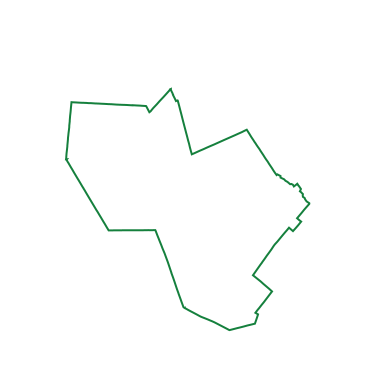 Jimbolia, Timis, Romania, rotated 234°
{"feature_id": "2599482B52055590619759", "entity_name": "Jimbolia", "entity_type": "district", "adm_level": 2, "iso_a3": "ROU", "parent_name": "Romania", "parent_adm1": "Timis", "projection": "albers", "projection_center": [20.766, 45.798], "detail": "fine", "context": "isolated", "style": "outline", "palette": "green", "viewbox_px": 384, "rotation_deg": 234, "n_neighbors": 0, "source": "geoboundaries", "source_scale": "gbopen_adm2", "svg_char_len": 3901}
<svg xmlns="http://www.w3.org/2000/svg" viewBox="0 0 384 384"><g transform="rotate(234 192 192)"><path d="M288.4,205.4L288.6,205.3L291.5,201.8L292.2,201.0L294.7,197.9L297.1,195.0L297.0,194.9L299.8,191.5L301.3,189.7L302.9,187.6L303.7,186.6L305.9,183.8L307.1,182.3L309.2,179.8L310.3,178.5L312.5,175.7L313.6,174.4L315.7,171.8L316.9,170.3L318.7,168.1L320.5,165.8L322.0,164.0L323.1,162.7L325.0,160.2L325.9,159.2L328.2,156.3L328.7,155.6L331.2,152.5L331.8,151.8L334.4,148.6L334.8,148.1L335.5,147.3L333.7,145.7L332.7,144.8L331.7,143.9L329.6,142.1L328.0,140.7L325.4,138.3L321.8,135.2L321.0,134.6L317.8,131.7L317.0,131.1L316.7,130.9L314.1,128.5L312.2,126.7L310.4,125.1L308.8,123.6L307.7,122.7L307.4,122.5L307.1,122.2L306.5,121.7L302.9,118.5L302.1,117.9L298.6,114.7L297.1,113.3L294.4,111.0L294.2,110.9L293.2,110.0L292.5,109.3L292.0,110.1L291.8,109.4L289.0,109.1L288.3,109.1L282.6,108.5L281.1,108.4L276.3,107.9L275.1,107.8L269.7,107.3L268.2,107.2L263.8,106.8L260.9,106.5L258.8,106.4L258.7,106.3L256.8,106.2L252.9,105.8L250.7,105.6L246.4,105.2L239.7,104.6L233.1,104.0L232.1,104.0L226.7,103.5L225.4,103.4L220.1,102.9L217.5,102.7L213.5,102.3L209.9,102.0L208.8,103.5L206.1,107.4L205.8,107.8L203.1,111.5L200.6,115.1L197.6,119.2L194.8,123.1L194.5,123.5L191.9,127.0L189.0,131.1L186.9,134.1L185.7,135.7L182.7,139.9L181.7,139.7L177.7,138.6L173.7,137.6L172.6,137.3L167.0,135.9L163.7,135.0L158.6,133.8L155.1,132.8L149.4,131.2L144.3,129.6L138.6,127.8L138.5,127.7L133.6,126.3L130.0,125.2L122.1,122.7L118.6,121.7L117.4,121.3L111.8,119.7L109.8,119.1L103.8,117.4L102.4,117.9L102.4,118.1L102.2,118.0L101.6,118.3L100.8,118.7L99.5,119.3L99.0,119.5L95.9,121.0L93.9,122.0L89.6,124.1L88.1,124.8L86.9,125.4L86.0,125.8L85.5,126.2L85.3,126.3L84.9,126.5L82.9,127.8L79.4,130.0L77.7,131.0L75.6,132.3L73.3,133.6L68.7,135.9L67.5,136.5L60.9,139.8L58.6,140.9L58.2,141.2L56.8,144.7L55.4,148.3L54.2,151.2L52.8,154.7L51.5,158.2L50.0,161.8L48.5,165.5L50.8,168.8L53.0,171.9L54.2,173.5L57.0,172.3L57.7,174.6L58.3,176.7L58.4,177.3L59.7,181.8L60.7,185.6L61.8,189.2L62.9,192.9L64.0,196.6L64.5,198.3L68.4,197.5L72.1,196.6L75.8,195.7L79.2,195.0L82.9,194.0L86.2,193.1L88.8,192.4L90.1,196.2L91.5,200.3L93.0,204.7L93.7,207.0L94.0,207.7L95.2,211.4L96.5,215.1L97.7,218.9L99.0,222.8L100.3,226.2L100.9,228.1L101.7,232.0L102.7,235.8L103.7,239.7L104.6,243.3L105.3,246.4L106.1,249.5L101.0,250.7L101.8,254.5L102.7,258.4L103.9,262.9L106.3,262.2L109.0,261.6L109.9,265.3L110.8,268.9L111.7,272.2L112.3,274.8L112.7,276.6L113.4,279.8L113.5,280.0L114.0,280.3L117.0,279.2L119.5,279.2L121.0,279.6L122.9,278.9L124.2,279.6L125.1,280.5L128.4,280.0L129.1,279.7L130.4,281.9L134.1,282.0L134.9,281.8L135.6,282.0L136.8,282.0L136.7,281.1L136.6,277.7L138.6,277.9L140.1,277.1L140.6,276.0L144.0,275.2L146.2,274.2L148.1,274.0L151.6,272.1L152.9,273.0L156.1,271.4L156.0,270.4L158.7,270.4L161.4,270.5L164.1,270.7L166.8,270.8L169.6,270.9L172.1,271.1L174.7,271.1L177.2,271.2L179.9,271.4L182.3,271.5L184.8,271.6L187.3,271.8L189.9,271.8L192.8,271.9L193.8,272.0L195.5,272.0L198.7,272.2L199.3,272.2L201.7,272.3L205.3,272.6L210.2,272.9L210.5,271.4L210.8,269.7L211.1,267.7L212.0,263.5L212.7,260.1L213.5,256.4L214.3,252.7L215.1,249.0L215.9,245.2L216.7,241.4L217.4,238.0L218.3,234.1L219.2,230.0L219.9,226.5L220.8,222.6L221.6,218.7L222.1,216.2L222.6,214.0L226.1,215.3L229.5,216.6L232.8,218.0L236.1,219.2L239.6,220.6L243.5,222.1L246.8,223.4L249.9,224.6L254.5,226.4L258.0,227.8L261.5,229.2L265.1,230.6L268.6,232.0L271.7,233.2L274.4,234.2L274.7,234.0L275.0,232.5L276.5,232.8L278.7,233.2L280.0,233.4L281.8,233.7L282.0,234.0L282.6,234.0L283.2,234.2L284.0,234.4L285.0,234.5L285.3,234.6L286.0,234.7L286.7,234.9L287.2,235.1L287.5,235.1L287.8,235.4L288.0,234.6L287.6,233.8L287.5,233.6L287.4,233.1L287.3,232.7L286.4,228.5L285.5,224.2L285.4,223.6L284.6,219.4L283.6,214.9L282.7,210.0L282.3,208.4L282.1,207.6L281.7,206.3L281.6,205.4L281.6,204.4L288.4,205.4Z" fill="none" stroke="#15803d" stroke-width="2"/></g></svg>